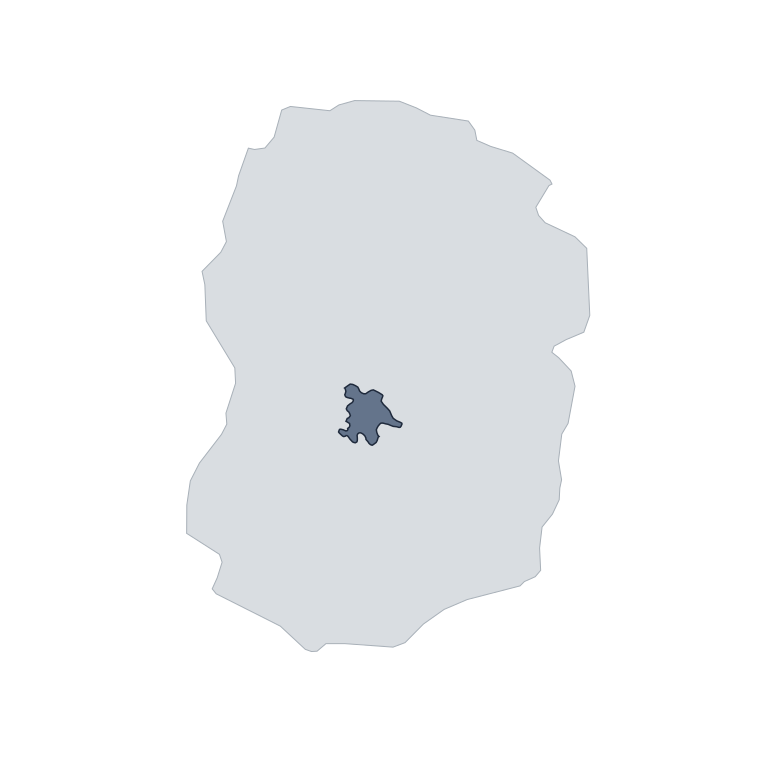 location of Gradsko within North Macedonia, rotated 113°
{"feature_id": "MKD-2930", "entity_name": "Gradsko", "entity_type": "Statistical Region", "adm_level": 1, "iso_a3": "MKD", "parent_name": "North Macedonia", "parent_adm1": "", "projection": "mercator", "projection_center": [21.909, 41.604], "detail": "fine", "context": "in_parent", "style": "filled", "palette": "slate", "viewbox_px": 768, "rotation_deg": 113, "n_neighbors": 0, "source": "natural_earth", "source_scale": "10m", "svg_char_len": 2753}
<svg xmlns="http://www.w3.org/2000/svg" viewBox="0 0 768 768"><g transform="rotate(113 384 384)"><path d="M348.6,199.2L360.6,200.8L386.6,193.4L402.8,183.1L411.1,181.5L422.1,177.5L437.9,178.1L453.9,182.6L474.2,176.7L494.3,167.0L502.3,169.5L511.0,177.6L516.7,179.9L549.9,223.2L568.0,240.6L589.5,253.9L613.9,263.6L622.7,272.9L638.3,318.6L645.7,336.0L656.1,341.2L658.6,346.2L659.0,352.8L647.4,384.8L642.7,456.5L639.7,462.1L627.5,461.8L611.3,463.4L605.1,468.9L598.6,507.3L572.5,518.2L548.9,524.4L528.9,523.0L493.8,513.9L482.4,513.0L472.6,518.1L441.3,520.9L427.5,527.6L395.3,572.3L362.6,587.7L351.4,595.5L326.5,585.7L314.5,584.7L297.2,596.1L259.3,597.2L249.1,599.2L219.9,601.0L218.7,594.8L213.3,585.8L199.7,581.6L171.8,585.2L165.1,578.6L153.6,540.6L144.7,534.5L134.6,521.8L117.7,480.4L117.2,462.2L118.4,446.3L109.0,409.1L114.8,399.6L123.5,393.7L123.6,378.6L121.2,355.8L131.5,310.8L134.3,307.5L136.9,309.7L162.0,313.3L168.4,307.6L172.6,298.7L173.9,265.7L179.9,250.4L240.4,221.4L258.2,220.3L271.9,233.6L282.7,242.2L289.2,241.9L291.6,233.3L298.9,216.8L311.4,207.3L348.2,199.2L348.6,199.2Z" fill="#d9dde1" stroke="#a8b0b8" stroke-width="1"/><path d="M439.1,400.1L437.4,399.1L435.7,399.1L433.8,400.3L433.3,403.2L433.2,404.4L431.7,404.4L430.1,404.4L428.8,403.2L426.3,402.6L425.0,403.7L423.6,405.3L422.9,407.5L421.6,409.0L418.4,409.0L415.2,407.3L414.0,406.3L412.3,405.7L410.7,405.9L410.1,406.5L410.1,407.8L410.1,409.1L410.4,409.8L410.8,412.5L410.8,414.0L410.2,415.0L409.2,415.9L408.0,415.9L405.7,416.2L404.5,417.1L403.2,418.2L403.1,418.7L402.1,418.1L399.5,416.5L397.3,415.1L396.6,412.6L396.7,409.6L397.1,406.9L398.5,405.2L400.0,403.7L400.9,401.5L400.9,398.8L400.1,397.0L397.5,395.4L394.9,393.4L393.6,391.5L393.7,389.3L393.9,386.3L393.9,385.9L394.3,383.2L394.6,381.4L395.3,380.4L396.8,380.3L398.6,380.3L400.9,379.9L403.0,376.6L404.1,373.8L405.2,371.1L406.6,368.2L410.2,364.5L412.0,362.1L412.9,358.0L412.9,355.6L412.9,354.2L412.9,353.7L413.1,352.3L413.8,351.8L414.6,351.8L416.2,351.8L417.5,352.2L418.1,353.2L418.4,355.7L419.4,359.0L419.5,361.6L419.5,364.5L420.0,366.8L420.4,369.7L421.2,371.5L422.5,372.2L425.2,373.0L427.4,373.2L429.1,373.2L431.4,371.7L433.5,369.7L434.3,368.0L435.0,368.6L438.7,368.2L440.9,368.4L444.0,370.2L445.0,371.0L445.1,372.8L444.5,374.6L443.4,376.2L442.1,378.9L440.8,379.6L439.3,381.3L438.4,383.4L438.1,385.1L438.1,386.6L438.8,387.9L440.2,388.7L441.8,388.7L443.4,387.8L445.1,387.0L446.8,386.4L448.0,386.4L449.3,387.4L449.6,388.7L449.6,390.3L448.7,392.3L448.0,393.9L446.7,395.9L446.1,397.1L446.0,397.9L446.3,398.8L447.0,399.1L448.1,400.4L448.1,401.8L447.3,404.1L446.5,406.2L445.9,407.1L444.5,407.2L443.2,407.2L442.5,406.2L442.1,403.9L442.1,400.7L441.1,399.5L439.7,399.5L439.1,400.1Z" fill="#64748b" stroke="#1e293b" stroke-width="1.5"/></g></svg>